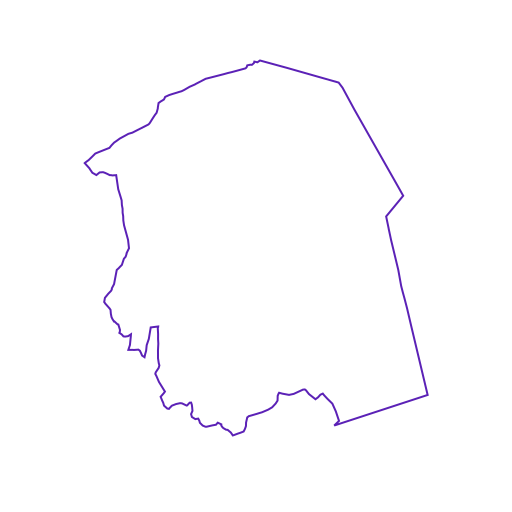 Al-Husayniya, Ash Sharqiyah, Egypt, rotated 342°
{"feature_id": "37247803B51599084555013", "entity_name": "Al-Husayniya", "entity_type": "district", "adm_level": 2, "iso_a3": "EGY", "parent_name": "Egypt", "parent_adm1": "Ash Sharqiyah", "projection": "mercator", "projection_center": [31.934, 30.925], "detail": "fine", "context": "isolated", "style": "outline", "palette": "violet", "viewbox_px": 512, "rotation_deg": 342, "n_neighbors": 0, "source": "geoboundaries", "source_scale": "gbopen_adm2", "svg_char_len": 3626}
<svg xmlns="http://www.w3.org/2000/svg" viewBox="0 0 512 512"><g transform="rotate(342 256 256)"><path d="M343.5,86.6L320.2,71.3L317.2,72.2L314.5,70.6L313.6,71.9L311.2,72.9L309.6,72.3L306.6,72.0L305.5,73.5L304.5,74.1L303.9,74.3L293.4,73.8L289.6,73.6L286.0,73.3L281.5,73.1L268.7,72.3L262.9,71.9L251.5,73.8L250.9,74.0L249.7,74.1L245.8,74.5L245.4,74.5L244.5,74.7L238.9,75.9L236.1,76.3L233.4,76.2L231.4,76.2L226.8,76.1L223.2,76.1L218.8,76.6L217.2,78.3L216.8,78.7L216.2,78.8L215.3,79.1L214.3,79.3L213.4,79.5L210.6,80.4L208.6,84.3L208.1,85.5L205.9,88.8L205.7,89.1L203.5,90.6L201.5,92.2L199.9,93.5L197.4,95.6L195.8,96.9L195.1,97.3L194.2,97.7L181.5,99.7L176.5,100.5L173.7,100.4L172.3,100.4L168.7,101.1L162.8,102.2L158.8,103.5L156.1,104.3L155.0,104.9L153.5,105.7L152.6,106.2L150.0,107.9L149.6,107.9L144.7,108.2L138.5,108.6L134.8,108.9L130.7,111.0L126.6,113.0L126.4,113.1L126.1,113.2L125.1,113.5L122.2,114.5L121.8,114.7L124.7,121.2L124.9,122.2L126.1,126.3L127.6,127.9L129.2,129.7L132.8,128.3L133.1,128.2L136.4,129.0L137.9,130.1L139.0,131.1L140.1,132.1L141.9,133.9L143.1,134.3L144.0,134.8L144.6,135.1L145.0,135.2L145.7,135.3L147.1,135.7L148.0,135.9L145.6,150.0L145.6,150.5L145.5,157.9L145.4,161.6L144.2,166.1L143.7,169.9L142.5,173.7L142.0,177.0L140.8,181.2L140.0,186.0L139.3,201.1L137.6,209.4L133.7,213.4L133.7,213.8L131.8,216.4L129.5,217.8L125.7,223.0L123.0,224.4L121.6,225.2L119.3,226.2L119.1,226.5L116.2,231.8L112.3,238.9L108.9,242.2L108.5,243.3L107.3,244.4L103.9,246.2L99.4,249.1L97.8,252.1L97.4,252.8L98.1,255.1L98.4,255.7L100.6,260.8L101.0,262.3L100.1,266.1L99.7,269.5L100.0,271.7L100.7,274.4L101.1,274.4L103.2,278.2L103.9,278.6L103.8,284.3L103.4,285.2L103.0,286.1L102.3,286.9L103.6,288.5L104.1,289.2L105.1,291.5L106.6,292.2L109.6,292.7L112.9,291.8L112.0,294.0L108.6,301.7L105.6,305.8L111.5,307.8L115.2,308.7L116.3,310.2L116.3,310.6L116.6,312.1L116.9,315.5L118.7,317.8L120.2,315.2L122.2,312.2L124.5,307.0L128.4,301.8L129.5,299.7L133.8,291.4L141.2,292.8L140.9,293.5L140.4,293.9L140.1,295.0L138.8,299.9L137.2,304.7L136.0,309.2L133.6,315.5L132.4,319.3L131.2,323.0L130.4,327.9L130.3,330.2L128.8,332.4L124.6,335.7L124.0,336.8L123.8,337.0L124.2,339.4L124.8,345.8L126.1,351.1L126.7,353.6L127.5,356.8L126.0,357.9L123.0,359.7L121.8,360.4L122.1,364.6L122.4,366.9L122.3,369.9L124.5,373.7L126.0,374.5L127.1,373.7L127.9,373.4L129.0,372.7L130.1,372.3L130.9,372.3L134.2,372.1L138.3,372.5L140.1,373.3L143.8,376.8L144.5,376.8L144.9,376.5L145.6,376.1L146.8,375.4L147.9,375.0L148.5,375.3L149.0,375.4L149.0,377.7L148.5,380.3L147.7,383.7L145.4,386.3L145.4,386.6L145.3,389.3L147.9,392.4L148.2,392.4L150.8,392.8L151.2,395.1L151.1,397.3L152.9,400.8L155.1,402.7L156.2,403.1L162.1,403.6L165.8,404.1L168.1,402.7L169.6,404.1L171.0,405.4L170.6,406.5L171.0,408.0L171.7,409.5L173.8,411.9L175.3,412.6L176.8,415.0L177.5,416.1L178.5,419.5L179.6,419.5L184.1,419.3L186.3,419.3L190.0,419.1L191.9,417.2L193.1,415.7L193.9,414.6L195.1,411.3L197.8,406.8L198.7,406.5L199.6,406.1L201.9,406.2L205.2,406.3L208.2,406.4L210.4,406.4L213.4,406.5L214.5,406.4L220.1,405.9L224.6,404.9L229.1,402.4L231.8,400.2L232.6,398.0L233.4,395.7L235.1,393.7L235.7,393.2L238.6,395.1L244.5,398.3L249.3,398.8L259.4,397.6L261.2,398.0L262.0,399.1L263.7,403.7L268.3,410.6L271.3,409.6L274.4,407.8L277.0,407.5L277.7,409.4L279.8,413.9L283.0,420.0L283.9,428.4L284.0,438.5L278.0,441.4L376.3,441.2L382.0,370.3L383.5,352.4L384.1,342.4L384.4,335.9L384.8,329.4L387.0,313.3L387.8,303.3L389.4,282.6L390.5,272.1L390.5,271.8L390.7,270.5L392.0,258.6L414.6,244.2L414.3,242.7L413.2,237.1L394.8,147.1L394.3,144.4L390.3,122.7L388.2,116.6L370.3,104.6L343.5,86.6Z" fill="none" stroke="#5b21b6" stroke-width="2"/></g></svg>